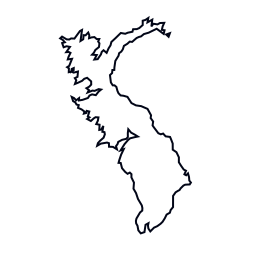 the district of Itati, Rio Grande do Sul, Brazil, rotated 352°
{"feature_id": "56859067B39388374799288", "entity_name": "Itati", "entity_type": "district", "adm_level": 2, "iso_a3": "BRA", "parent_name": "Brazil", "parent_adm1": "Rio Grande do Sul", "projection": "natural_earth1", "projection_center": [-50.175, -29.463], "detail": "fine", "context": "isolated", "style": "outline", "palette": "ink", "viewbox_px": 256, "rotation_deg": 352, "n_neighbors": 0, "source": "geoboundaries", "source_scale": "gbopen_adm2", "svg_char_len": 3280}
<svg xmlns="http://www.w3.org/2000/svg" viewBox="0 0 256 256"><g transform="rotate(352 128 128)"><path d="M79.7,64.3L81.9,65.6L86.3,65.1L85.1,70.3L82.3,71.2L83.4,73.5L81.6,77.0L84.5,76.3L89.1,74.9L91.5,73.2L94.5,72.6L98.0,76.7L97.6,79.9L95.3,81.7L92.4,82.8L94.6,85.0L93.0,87.2L98.0,86.0L100.1,86.6L104.4,85.4L106.7,86.2L103.9,87.9L100.7,91.0L97.1,89.7L94.4,90.5L92.5,92.7L86.9,93.8L83.3,93.9L83.7,91.6L80.5,93.4L78.8,90.9L76.6,89.4L77.4,93.8L79.3,95.2L80.3,97.6L82.4,98.5L81.3,101.1L84.6,103.1L87.2,105.7L86.3,107.6L88.8,107.3L89.5,105.3L92.0,106.3L89.8,111.0L91.3,112.1L88.8,113.4L92.2,115.9L95.6,113.6L97.4,112.8L100.2,113.4L99.2,116.5L97.1,119.7L100.3,120.8L99.3,125.9L101.3,125.8L103.9,122.5L102.1,128.2L104.1,128.8L104.2,131.0L102.5,134.2L98.5,136.8L96.1,138.8L95.0,141.3L98.9,139.7L105.2,139.5L107.0,140.4L106.6,143.9L110.5,144.6L114.1,147.6L113.6,144.3L115.4,142.5L116.4,140.4L120.5,138.9L124.7,138.5L126.6,137.0L127.1,133.0L128.1,129.3L130.4,133.0L133.9,135.6L136.5,137.8L133.4,138.0L128.7,138.5L126.5,139.8L122.3,143.5L117.6,149.1L120.8,148.4L117.5,153.4L114.9,158.6L113.8,161.2L115.9,161.6L116.5,167.0L119.1,171.1L121.2,173.3L123.6,172.4L125.0,174.2L124.5,177.4L126.3,182.9L125.0,188.9L126.9,193.6L128.0,199.6L128.9,201.8L130.9,206.6L131.1,209.3L130.6,211.8L128.2,213.3L123.8,218.8L122.9,221.1L122.8,223.6L123.8,226.1L124.0,230.8L126.0,234.1L129.8,233.4L131.9,226.3L135.0,225.1L134.2,227.4L134.2,230.4L135.7,233.5L139.9,230.3L143.3,229.3L146.9,227.4L149.2,225.7L151.9,222.5L154.2,219.1L157.7,217.7L158.8,215.2L161.6,212.6L163.2,201.5L166.2,198.3L168.7,197.2L170.4,196.6L171.7,195.1L174.9,192.7L176.7,192.1L179.3,192.3L181.2,192.5L182.7,190.8L181.4,188.6L181.6,185.0L181.1,181.3L179.0,182.9L177.4,181.7L179.5,178.4L177.4,176.9L175.4,173.0L173.6,169.0L174.3,164.1L172.6,158.7L169.3,155.7L170.1,149.6L169.0,144.9L168.4,142.7L164.1,141.5L162.0,138.4L159.6,138.8L157.3,137.4L153.7,130.9L152.7,128.9L153.8,125.1L151.8,121.3L152.6,118.6L150.0,111.8L144.1,108.2L139.0,106.7L134.9,103.8L131.8,97.1L127.9,95.4L125.2,94.7L123.4,92.2L122.7,89.7L122.2,85.7L120.6,83.9L118.8,83.6L117.4,80.5L117.5,73.1L119.9,71.4L120.6,68.4L122.5,68.6L123.0,66.0L124.8,59.8L128.7,55.1L129.6,52.7L132.0,51.4L133.8,49.4L135.4,46.1L139.1,44.5L141.7,42.7L144.1,43.3L146.2,41.9L149.0,40.1L151.3,39.4L153.7,39.1L156.8,37.2L161.7,36.5L170.2,33.7L176.4,39.8L177.8,36.3L175.2,35.5L176.4,32.3L178.5,28.9L174.3,28.5L171.6,29.5L167.6,28.3L165.3,30.7L167.1,24.1L162.0,26.1L163.4,21.9L160.3,23.4L157.5,23.8L156.9,28.1L153.1,30.6L150.5,31.3L146.8,30.9L145.8,33.3L141.1,33.6L138.4,34.3L134.1,32.9L128.1,37.3L123.5,40.5L122.2,43.7L119.8,46.5L117.3,50.6L114.6,47.6L112.6,49.0L111.4,51.4L108.9,54.1L107.6,55.6L104.2,55.5L107.2,51.4L102.6,50.4L104.7,48.7L106.5,46.2L110.5,43.8L111.5,40.2L110.5,38.2L111.9,35.9L109.4,35.6L107.4,33.3L104.5,33.2L101.9,33.7L102.6,30.8L101.9,27.9L98.9,30.3L97.0,29.9L96.0,33.9L93.1,35.2L96.1,24.5L93.9,25.3L87.4,32.0L84.1,31.4L82.1,32.2L79.6,31.7L75.4,28.3L73.3,29.8L75.6,31.6L77.4,34.3L74.6,34.7L75.5,39.1L78.5,38.5L81.8,39.6L77.4,44.3L79.9,44.5L81.5,45.6L79.0,49.3L77.9,51.7L82.2,51.7L78.4,58.3L76.2,59.3L77.8,60.7L77.1,64.5L79.7,64.3ZM79.7,64.3L80.5,61.7L82.6,61.1L82.2,63.2L79.7,64.3ZM180.9,43.3L182.7,39.9L178.8,40.7L180.9,43.3Z" fill="none" stroke="#020617" stroke-width="2"/></g></svg>